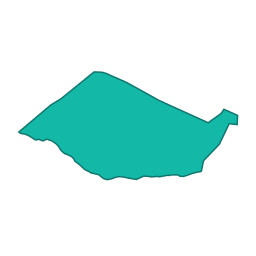 the district of San Juan Evangelista Analco, Oaxaca, Mexico, rotated 185°
{"feature_id": "50627088B78220950285189", "entity_name": "San Juan Evangelista Analco", "entity_type": "district", "adm_level": 2, "iso_a3": "MEX", "parent_name": "Mexico", "parent_adm1": "Oaxaca", "projection": "equal_earth", "projection_center": [-96.534, 17.4], "detail": "fine", "context": "isolated", "style": "filled", "palette": "teal", "viewbox_px": 256, "rotation_deg": 185, "n_neighbors": 0, "source": "geoboundaries", "source_scale": "gbopen_adm2", "svg_char_len": 1442}
<svg xmlns="http://www.w3.org/2000/svg" viewBox="0 0 256 256"><g transform="rotate(185 128 128)"><path d="M34.1,155.0L35.2,152.8L36.8,150.3L43.6,144.5L48.6,140.2L81.2,151.7L89.5,154.6L99.6,158.2L128.5,171.1L133.8,173.4L149.2,178.6L154.3,180.4L158.8,181.3L166.7,180.9L179.6,168.4L197.5,151.1L206.7,144.4L236.4,114.5L235.8,114.1L235.6,114.0L234.5,113.4L232.1,113.0L230.8,113.1L229.5,112.8L226.3,111.7L225.8,111.5L222.6,109.9L222.2,109.7L220.9,108.8L220.2,108.6L219.3,108.2L218.3,108.1L216.0,109.0L213.1,108.1L211.3,107.8L208.2,109.7L207.0,109.7L205.7,109.2L202.7,108.6L201.4,107.8L201.0,107.6L198.0,105.8L195.3,103.3L193.1,100.2L192.1,99.3L190.1,97.8L189.4,97.3L188.6,96.8L187.7,96.8L184.6,95.7L184.0,95.4L182.8,95.1L181.3,94.2L180.1,93.2L179.1,92.2L177.8,90.1L175.4,88.8L172.4,86.7L170.9,85.5L168.9,84.0L167.4,82.9L166.1,82.3L165.2,82.0L162.7,81.0L161.9,80.5L161.0,80.1L159.5,79.8L154.2,79.1L152.8,78.7L148.0,75.5L146.1,75.1L144.3,74.7L140.8,75.7L139.4,76.2L135.8,78.0L132.7,78.7L130.9,78.9L130.4,78.8L128.2,78.8L123.8,78.2L117.2,77.6L116.4,77.7L115.3,77.4L114.5,77.9L113.6,78.3L110.9,79.9L108.1,81.4L104.0,81.6L100.2,81.3L99.8,81.5L96.2,82.0L94.6,82.4L92.7,82.1L83.8,84.5L82.8,84.2L80.9,85.0L80.0,85.1L79.1,85.2L74.4,85.6L71.8,84.4L71.5,84.5L68.4,84.6L63.7,86.6L59.9,88.4L57.8,89.1L54.7,90.2L51.8,90.9L51.1,91.6L50.0,101.8L35.6,119.8L27.6,141.1L19.6,140.9L19.9,150.1L34.1,155.0Z" fill="#14b8a6" stroke="#0f766e" stroke-width="1.5"/></g></svg>